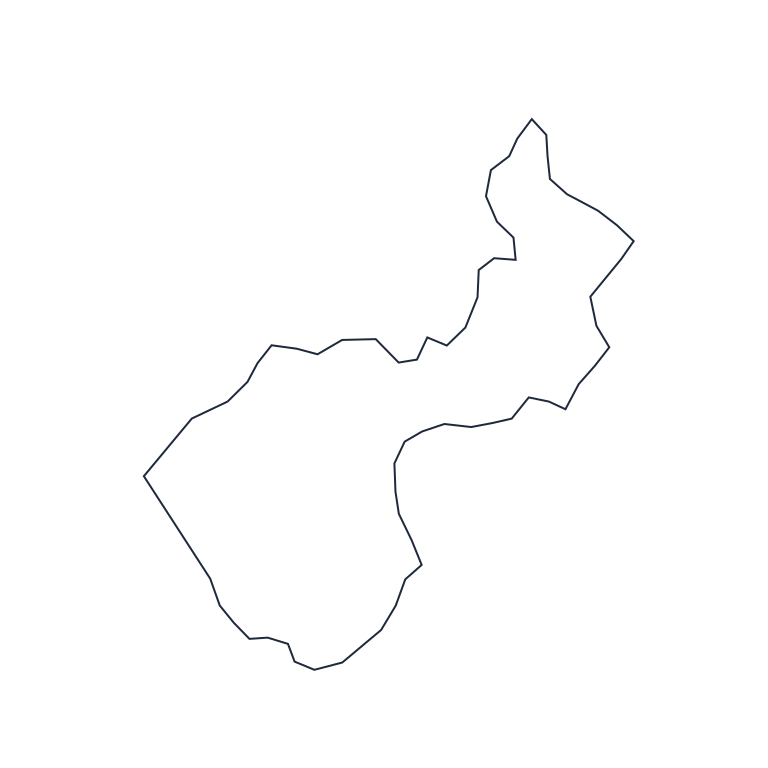 outline of Bayeux, Paraíba, Brazil, rotated 15°
{"feature_id": "56859067B44208898330061", "entity_name": "Bayeux", "entity_type": "district", "adm_level": 2, "iso_a3": "BRA", "parent_name": "Brazil", "parent_adm1": "Paraíba", "projection": "orthographic", "projection_center": [-34.916, -7.125], "detail": "fine", "context": "isolated", "style": "outline", "palette": "slate", "viewbox_px": 768, "rotation_deg": 15, "n_neighbors": 0, "source": "geoboundaries", "source_scale": "gbopen_adm2", "svg_char_len": 968}
<svg xmlns="http://www.w3.org/2000/svg" viewBox="0 0 768 768"><g transform="rotate(15 384 384)"><path d="M588.2,181.4L567.8,170.3L545.8,161.2L511.6,153.3L491.2,143.0L483.0,121.6L476.3,101.4L458.2,89.9L449.2,112.5L446.0,131.5L431.9,149.7L433.9,176.2L451.1,198.0L471.2,209.1L479.0,230.0L457.8,234.0L446.0,249.4L451.9,276.0L448.0,308.4L434.7,330.6L413.8,327.8L409.5,351.9L392.6,359.5L364.4,342.8L332.1,352.3L312.1,372.5L290.5,372.5L265.4,375.7L256.4,396.7L251.6,417.3L237.5,441.4L207.3,467.1L175.9,535.2L266.6,617.1L282.7,640.5L300.7,653.5L320.0,665.0L337.3,659.1L358.5,659.9L369.5,675.3L390.7,678.1L415.8,663.8L428.0,646.4L444.9,622.3L452.7,595.0L455.1,567.2L467.2,549.0L451.1,527.7L431.9,505.5L422.9,484.9L414.6,458.0L418.9,434.3L433.1,420.0L452.7,407.0L479.4,403.0L498.3,393.9L516.3,384.4L527.3,359.5L547.8,358.3L565.8,361.4L572.1,333.7L583.1,311.6L592.1,290.2L574.1,272.8L560.7,246.3L580.8,201.9L588.2,181.4Z" fill="none" stroke="#1e293b" stroke-width="2"/></g></svg>